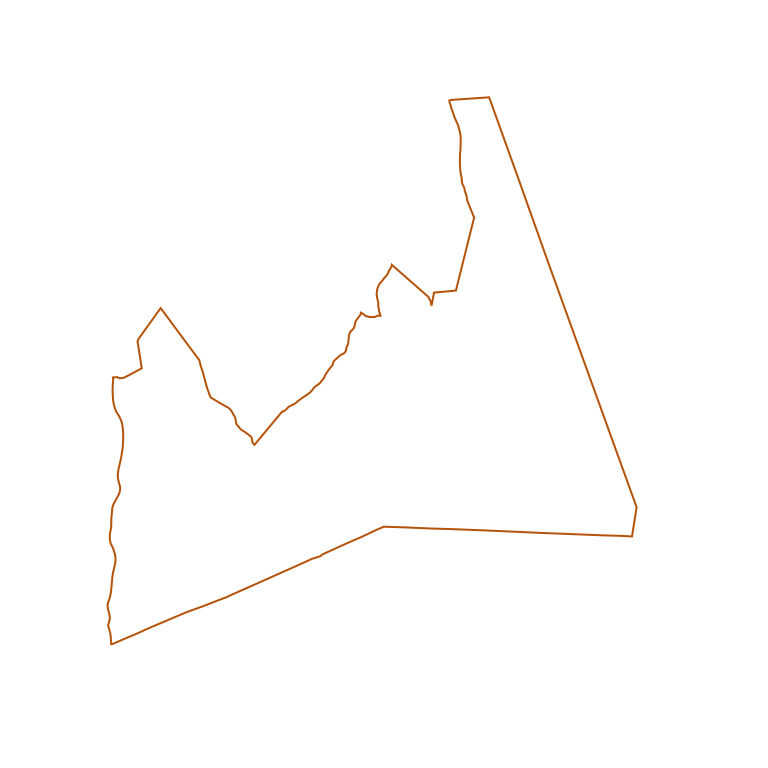 the district of Ijara, North-Eastern, Kenya, rotated 9°
{"feature_id": "3690345B80004125723360", "entity_name": "Ijara", "entity_type": "district", "adm_level": 2, "iso_a3": "KEN", "parent_name": "Kenya", "parent_adm1": "North-Eastern", "projection": "equal_earth", "projection_center": [40.405, -1.432], "detail": "fine", "context": "isolated", "style": "outline", "palette": "amber", "viewbox_px": 768, "rotation_deg": 9, "n_neighbors": 0, "source": "geoboundaries", "source_scale": "gbopen_adm2", "svg_char_len": 6159}
<svg xmlns="http://www.w3.org/2000/svg" viewBox="0 0 768 768"><g transform="rotate(9 384 384)"><path d="M115.2,419.9L115.7,421.4L115.9,422.8L116.3,427.9L116.5,429.5L116.7,430.8L116.8,431.7L116.9,432.6L117.2,434.2L117.5,435.8L117.8,437.1L118.1,438.3L118.4,439.9L119.0,442.4L120.0,445.6L120.5,446.8L121.1,448.0L121.7,449.4L122.2,450.4L123.0,451.7L123.9,453.1L124.5,454.0L125.1,454.6L126.7,456.4L127.3,457.1L128.3,458.5L129.6,460.4L130.3,461.7L131.1,463.2L131.8,465.1L132.3,466.6L132.9,468.4L133.0,468.9L133.8,472.1L134.2,474.1L134.7,477.0L135.2,480.5L135.5,483.7L135.8,486.6L135.9,490.2L135.9,493.2L135.9,496.1L135.8,500.0L135.6,503.0L135.2,508.2L135.1,509.3L135.1,511.3L135.1,512.8L135.2,514.2L135.4,516.4L135.5,516.9L135.8,518.4L136.0,518.8L136.3,519.7L137.1,521.6L138.0,523.9L138.8,525.4L139.2,526.4L139.4,526.8L139.5,527.2L139.7,527.9L139.7,528.3L139.8,529.0L139.9,529.6L139.9,530.8L139.8,532.1L139.7,532.8L139.4,534.2L138.9,535.8L138.6,536.7L138.5,537.1L137.3,540.2L137.0,541.2L136.6,542.3L136.1,543.7L135.6,545.3L135.5,545.8L135.4,546.3L135.3,546.9L135.2,547.6L135.1,548.2L135.1,549.4L135.3,552.3L135.4,554.6L135.6,556.2L135.6,558.3L135.7,559.2L136.0,561.5L136.8,566.8L136.8,567.2L136.9,568.3L136.9,570.2L136.8,571.2L136.8,572.5L136.8,573.3L136.8,575.3L137.0,577.2L137.1,577.7L137.3,579.0L137.5,580.1L137.6,580.6L137.8,581.3L138.2,582.3L138.4,582.8L139.0,584.3L139.4,584.9L140.3,586.1L141.5,587.7L142.4,589.1L143.7,591.9L144.4,593.1L145.0,594.6L145.4,595.8L145.7,596.7L145.8,597.2L146.1,598.3L146.2,598.8L146.4,600.1L146.5,601.1L146.5,601.5L146.5,602.0L146.5,604.2L146.1,609.9L145.9,612.0L145.9,613.3L145.9,617.7L146.5,625.6L146.5,627.5L146.8,630.4L146.9,631.4L146.8,634.1L146.7,636.2L146.7,636.8L146.5,638.7L146.4,639.2L146.3,640.2L145.9,641.9L145.6,643.5L145.6,644.0L145.6,644.9L145.7,646.2L145.8,646.9L146.3,648.4L146.6,649.4L147.6,651.8L148.0,652.6L148.2,653.1L149.1,655.4L149.5,656.6L149.7,657.2L149.8,657.8L149.8,658.4L149.9,659.2L149.9,659.6L149.8,660.9L149.6,662.9L149.3,664.8L149.3,665.3L149.2,665.8L149.5,666.3L149.7,666.7L150.4,667.9L150.8,668.8L151.3,670.0L151.7,670.8L152.3,672.3L152.8,673.5L153.0,674.1L153.7,676.8L154.3,679.4L154.7,680.9L155.0,682.4L155.2,683.6L157.2,682.9L162.2,679.7L169.6,675.0L171.2,674.0L172.8,673.0L175.1,671.6L181.1,667.8L182.2,667.0L183.9,666.0L187.4,663.5L191.8,660.8L197.5,657.2L200.3,655.5L209.4,649.8L211.4,648.5L213.5,647.2L225.6,639.7L240.2,631.7L256.8,622.0L261.3,619.5L269.1,614.3L285.0,604.0L316.8,583.3L332.8,572.9L340.2,568.0L348.1,564.0L349.9,561.9L370.6,548.2L378.1,543.4L385.5,538.7L388.3,536.8L391.0,535.0L393.7,533.1L396.4,531.2L401.6,527.8L403.6,526.6L406.0,525.0L425.8,522.5L429.2,522.1L452.1,519.5L462.9,518.1L473.8,516.7L505.8,512.9L535.2,509.6L570.1,505.6L608.9,501.0L625.0,499.1L641.9,496.9L652.8,495.8L652.8,466.8L652.7,465.9L652.4,465.2L651.8,464.4L526.5,237.1L485.5,161.8L443.0,84.4L405.5,93.0L404.2,93.7L404.6,95.3L405.9,97.8L407.4,101.0L408.1,102.3L408.8,103.6L409.5,105.0L410.9,107.4L412.1,109.8L414.5,113.5L417.0,117.3L417.6,119.0L418.9,121.7L419.5,123.2L420.0,124.5L420.4,125.5L421.4,129.4L421.8,133.1L422.2,135.5L422.5,138.0L422.9,140.7L423.0,143.7L423.3,146.3L424.1,152.1L424.4,154.2L424.9,156.4L425.5,159.3L426.6,163.6L428.2,167.6L428.6,169.2L429.6,172.9L430.3,174.5L430.9,175.2L432.7,177.9L433.3,179.5L433.7,181.1L434.8,182.8L435.3,183.7L435.5,184.2L436.4,186.3L436.9,187.7L437.3,189.3L441.5,196.5L447.1,205.7L446.8,207.6L440.4,280.5L419.1,285.9L418.7,299.2L418.0,297.6L417.7,296.5L417.2,295.3L416.7,294.4L415.6,293.1L414.8,291.9L413.7,290.7L373.1,265.1L373.1,266.1L372.9,267.2L372.5,268.4L371.9,269.8L371.2,271.2L370.6,273.9L370.2,275.2L369.9,276.0L369.7,276.4L369.4,276.8L368.2,278.5L367.7,279.2L366.6,281.4L365.6,283.2L364.7,284.5L364.0,285.7L363.5,287.0L363.2,287.9L362.9,288.9L362.9,289.2L362.6,290.7L362.5,291.8L362.5,292.2L362.6,293.5L362.6,295.6L362.7,296.8L362.9,297.3L363.4,298.7L363.7,299.9L364.1,300.7L364.5,301.9L364.8,302.8L365.4,304.0L365.7,305.0L365.8,306.2L366.4,308.9L367.4,311.4L368.0,313.4L369.4,316.0L369.8,317.2L368.5,317.2L367.5,317.4L366.3,317.9L365.3,318.7L364.5,319.2L363.9,319.4L363.1,319.5L361.3,319.7L360.6,319.7L359.9,320.1L359.1,320.3L358.3,320.0L357.5,319.8L357.2,319.8L356.3,319.9L355.5,319.8L354.3,319.2L352.9,318.3L352.0,317.8L350.0,317.2L350.1,318.3L349.8,319.3L349.3,320.4L348.6,321.7L347.6,323.5L347.1,324.5L346.7,325.4L346.3,326.4L346.1,327.3L345.9,329.6L345.8,331.7L345.5,333.3L345.0,334.4L342.9,337.2L342.3,338.6L342.0,339.9L341.8,341.1L341.8,342.4L342.2,347.6L342.2,349.0L342.2,350.2L342.1,351.1L341.8,351.8L341.4,352.9L341.2,354.2L341.2,356.5L341.1,357.4L340.9,358.0L340.5,358.8L340.0,359.5L339.4,360.2L338.6,360.8L337.9,361.2L337.4,361.5L336.8,362.0L336.0,362.8L331.8,368.0L331.2,368.8L330.7,369.8L330.5,370.7L330.4,372.0L330.3,372.6L330.1,373.4L329.9,373.9L329.7,374.3L327.9,377.4L327.4,378.2L325.6,381.9L324.7,384.0L324.4,385.1L323.9,386.9L323.3,388.3L323.0,388.8L321.9,390.6L321.0,392.4L320.2,393.6L319.2,394.6L316.8,396.9L316.1,397.6L314.5,400.4L313.8,401.7L312.7,403.4L311.9,404.4L310.6,405.7L307.9,408.2L306.9,409.1L303.7,412.3L300.8,415.2L300.3,416.0L299.4,417.0L298.1,418.1L296.7,419.1L295.3,419.9L293.9,421.0L293.1,421.9L290.9,425.0L289.9,425.9L288.7,426.9L287.6,427.4L265.6,464.3L264.8,463.7L263.9,463.1L263.2,462.4L262.9,461.4L262.7,460.5L262.4,459.6L262.0,458.6L261.4,457.4L260.2,456.4L259.2,455.8L258.5,455.4L257.2,454.8L255.8,454.0L254.8,453.5L253.8,453.0L253.1,452.7L252.2,452.3L251.1,451.9L249.9,451.3L248.9,450.6L247.9,449.6L247.1,448.9L245.7,447.7L244.9,447.0L244.2,446.2L243.9,445.2L243.0,442.4L242.5,441.0L241.8,439.8L240.7,438.4L239.8,437.5L238.7,436.0L237.4,434.4L236.1,433.2L235.2,432.5L234.5,432.0L225.2,428.6L214.9,424.4L213.3,421.8L212.2,419.8L211.6,418.6L210.8,417.3L210.3,416.3L209.7,415.2L208.7,413.0L207.8,411.0L206.5,408.0L206.0,407.0L204.3,403.1L203.8,402.0L203.3,400.9L201.0,396.5L200.3,395.1L199.6,393.6L199.2,392.6L197.8,389.3L165.4,357.6L164.5,356.6L155.1,347.5L151.5,344.0L134.4,378.1L133.9,380.5L142.3,406.4L128.4,416.9L127.7,417.3L126.7,418.1L125.8,418.7L124.9,419.0L123.9,419.2L122.7,419.5L121.6,419.6L120.6,419.3L119.6,418.9L115.2,419.9Z" fill="none" stroke="#b45309" stroke-width="2"/></g></svg>